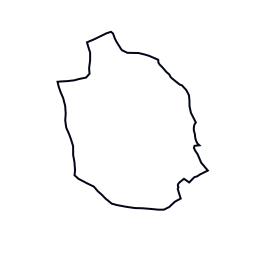 the district of Isoko South, Delta, Nigeria, rotated 312°
{"feature_id": "59680162B89324456878264", "entity_name": "Isoko South", "entity_type": "district", "adm_level": 2, "iso_a3": "NGA", "parent_name": "Nigeria", "parent_adm1": "Delta", "projection": "orthographic", "projection_center": [6.236, 5.389], "detail": "fine", "context": "isolated", "style": "outline", "palette": "ink", "viewbox_px": 256, "rotation_deg": 312, "n_neighbors": 0, "source": "geoboundaries", "source_scale": "gbopen_adm2", "svg_char_len": 1527}
<svg xmlns="http://www.w3.org/2000/svg" viewBox="0 0 256 256"><g transform="rotate(312 128 128)"><path d="M149.8,215.8L151.2,205.6L155.0,197.4L156.1,193.2L157.3,190.3L159.3,189.4L161.1,191.0L162.9,192.6L162.9,190.2L163.7,187.9L164.6,186.2L165.6,184.8L166.3,183.8L167.9,182.2L169.1,180.4L169.4,179.9L170.2,178.6L171.8,177.1L173.3,176.0L175.2,175.0L177.5,174.7L181.4,164.6L185.3,159.2L189.8,155.0L193.1,151.4L194.5,147.8L195.2,145.7L195.8,139.6L194.9,137.4L194.7,134.4L194.3,127.8L194.4,125.4L195.4,123.0L195.3,119.1L196.0,113.9L196.2,111.5L196.3,109.0L197.0,106.8L198.9,104.8L195.6,95.0L193.7,91.1L190.8,85.7L183.5,77.3L181.8,71.6L182.1,69.7L183.8,63.8L184.5,61.4L185.8,58.1L188.2,53.7L188.1,51.0L183.7,48.5L171.5,43.6L164.2,40.2L161.6,44.4L158.7,49.4L152.8,54.7L149.4,57.0L146.4,59.1L142.6,63.1L137.4,63.1L131.9,59.0L127.4,56.1L122.3,51.6L120.2,49.5L118.2,47.5L115.2,44.7L112.3,48.9L109.4,54.2L106.8,59.9L104.7,63.0L102.5,66.4L97.0,72.1L91.7,76.2L86.9,81.9L84.0,88.4L81.4,93.3L77.8,99.3L72.3,104.4L72.2,104.4L71.4,105.1L67.0,110.8L61.2,116.9L57.1,119.9L57.1,125.2L59.4,134.2L60.6,138.4L61.6,141.7L60.8,148.0L60.9,152.9L60.5,158.6L60.9,166.5L63.2,171.1L67.2,177.7L68.3,179.5L73.2,186.8L78.0,192.4L83.2,199.2L87.6,205.2L91.3,209.3L96.9,211.5L101.5,211.9L104.7,212.2L107.6,213.2L110.8,214.4L114.0,209.0L116.1,205.6L117.8,205.1L118.2,204.0L119.4,202.9L121.7,202.6L124.7,203.1L127.1,203.5L127.7,203.6L128.3,208.4L128.5,209.9L135.8,210.2L138.5,211.8L141.7,212.6L149.8,215.8Z" fill="none" stroke="#020617" stroke-width="2"/></g></svg>